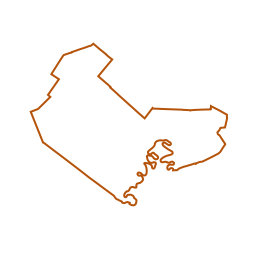 Sutesti, Braila, Romania, rotated 193°
{"feature_id": "2599482B82719794647179", "entity_name": "Sutesti", "entity_type": "district", "adm_level": 2, "iso_a3": "ROU", "parent_name": "Romania", "parent_adm1": "Braila", "projection": "albers", "projection_center": [27.441, 45.228], "detail": "fine", "context": "isolated", "style": "outline", "palette": "amber", "viewbox_px": 256, "rotation_deg": 193, "n_neighbors": 0, "source": "geoboundaries", "source_scale": "gbopen_adm2", "svg_char_len": 5651}
<svg xmlns="http://www.w3.org/2000/svg" viewBox="0 0 256 256"><g transform="rotate(193 128 128)"><path d="M226.4,121.9L208.0,95.4L207.7,94.8L207.1,94.8L177.7,81.6L162.1,74.5L154.7,71.0L147.0,67.7L139.2,64.3L126.7,58.9L126.4,58.7L125.0,57.4L124.6,57.1L123.9,56.6L123.4,56.2L123.1,56.1L122.3,56.0L121.8,56.0L121.7,56.0L120.8,55.7L120.3,55.5L119.5,55.4L118.9,55.2L118.2,55.1L117.6,55.0L117.4,54.9L117.3,54.5L117.0,54.1L116.4,53.9L115.7,53.8L114.8,54.0L114.1,54.4L112.8,55.3L111.9,55.7L110.9,55.7L109.5,55.5L109.6,54.5L109.0,54.2L108.3,54.0L107.3,53.7L106.2,53.7L105.4,53.9L104.7,54.1L104.2,54.6L103.7,55.1L103.4,55.8L103.3,56.8L103.3,57.3L103.3,58.6L103.5,59.3L103.8,59.8L104.3,60.2L105.1,60.7L105.7,60.9L106.2,61.1L106.6,61.7L106.8,62.0L107.0,62.4L107.2,62.6L107.9,63.1L108.6,63.3L109.3,63.5L109.9,63.6L110.8,63.5L111.6,63.2L113.0,62.9L113.5,62.4L113.8,61.8L113.8,61.3L114.1,60.7L114.4,60.2L115.0,60.0L115.5,60.1L116.0,60.4L116.3,60.9L116.6,61.6L116.6,62.0L116.6,62.4L116.5,62.8L116.5,63.1L116.2,64.1L115.9,64.6L115.6,65.1L115.2,65.8L114.9,66.0L114.4,66.1L114.1,66.3L113.6,66.6L113.2,67.3L112.9,67.7L112.8,68.1L112.6,69.3L112.4,69.9L112.2,70.4L111.8,70.8L111.6,71.0L111.1,71.3L110.5,71.5L110.1,71.6L109.7,71.6L109.3,71.6L108.5,71.5L108.0,71.5L107.6,71.5L106.9,71.7L106.7,71.9L106.6,72.1L106.5,72.3L106.6,72.6L106.8,73.4L107.0,74.1L107.0,74.5L107.0,74.9L106.9,75.3L106.8,75.5L106.5,75.8L106.2,76.1L105.9,76.2L105.4,76.5L104.5,76.9L104.1,77.1L103.8,77.3L103.6,77.6L103.4,77.8L103.1,78.2L102.6,78.8L102.3,79.3L101.9,80.3L101.8,80.7L101.8,81.2L101.9,81.7L102.0,82.0L102.4,82.6L103.5,84.0L104.1,84.4L104.6,84.5L105.3,84.4L106.0,84.1L106.7,84.0L107.2,84.1L107.7,84.4L108.3,85.0L108.4,85.9L108.1,86.6L107.6,87.0L106.7,87.1L106.0,87.1L105.2,86.8L104.4,86.4L104.0,86.1L103.3,85.6L102.6,85.4L102.1,85.3L101.5,85.4L100.9,85.6L100.3,86.1L100.1,86.5L99.9,87.0L99.8,87.3L99.8,88.3L99.8,88.9L100.0,89.8L100.1,90.4L100.5,91.8L101.0,93.0L101.6,94.2L102.6,95.7L103.6,96.5L104.1,96.9L104.2,97.2L104.0,97.5L103.6,97.8L102.8,97.9L101.8,98.0L100.4,98.0L99.7,98.0L98.8,97.8L97.9,97.5L96.9,97.0L96.6,96.8L96.2,96.3L96.0,95.7L95.6,94.8L95.2,94.4L94.7,94.2L94.3,94.1L93.8,94.3L93.5,94.7L93.2,95.1L93.1,95.7L93.1,96.4L93.0,97.0L92.9,97.7L92.8,98.4L92.8,99.4L92.9,99.8L93.2,100.2L93.5,100.4L93.9,100.6L94.5,100.6L95.0,100.5L95.7,100.1L96.9,99.4L97.3,99.3L97.9,99.2L98.7,99.3L99.2,99.5L100.2,100.0L100.6,100.4L101.3,101.0L101.9,101.8L102.2,102.3L102.5,103.0L102.9,103.8L103.1,104.3L103.2,104.8L103.1,105.2L102.9,105.4L102.7,105.7L102.5,105.9L102.2,106.0L101.5,106.0L101.2,105.9L100.7,105.9L100.4,105.9L99.9,106.1L99.3,106.2L98.9,106.1L98.0,105.8L97.6,105.6L96.9,105.1L96.5,104.7L96.0,104.4L95.7,104.1L95.1,104.0L94.7,103.8L94.2,103.8L93.9,103.8L93.3,103.9L93.0,104.1L92.6,104.4L92.3,104.8L92.1,105.1L92.0,105.6L92.1,106.3L92.4,106.8L92.8,107.1L93.2,107.4L94.2,107.9L95.4,108.4L96.1,108.7L96.8,109.1L97.3,109.6L97.9,109.6L98.4,109.4L98.8,109.1L99.2,108.4L99.7,107.8L100.4,107.5L101.0,107.3L101.5,107.3L102.1,107.5L102.7,108.1L103.0,108.6L103.1,109.1L103.1,109.5L102.9,109.9L102.7,110.3L102.2,111.0L101.1,112.4L99.8,114.0L98.5,116.2L98.2,117.0L98.2,117.8L98.3,118.6L98.2,119.2L98.0,120.0L97.5,121.0L96.8,121.7L96.1,122.2L95.5,122.5L94.7,123.0L93.3,123.4L92.4,123.5L91.4,123.6L90.6,123.8L90.0,124.0L89.6,124.3L88.8,124.6L88.4,124.8L87.8,124.8L87.3,124.7L86.6,124.5L86.1,124.2L85.4,123.9L84.8,123.7L84.4,123.5L83.8,123.5L83.1,123.1L82.9,122.7L82.7,122.3L82.6,121.8L82.8,121.4L83.2,120.8L83.6,120.6L84.0,120.5L84.8,120.6L85.5,120.8L86.4,121.1L87.2,121.4L88.1,121.8L89.0,121.9L90.0,121.6L90.7,121.0L90.8,120.2L90.3,119.4L89.8,118.9L89.2,118.5L88.5,118.1L87.8,117.8L84.4,116.4L83.2,116.0L82.1,115.7L81.4,115.5L80.5,115.2L79.7,114.9L79.2,114.5L78.9,113.8L78.9,113.0L79.3,112.4L80.3,111.6L81.6,110.9L83.7,109.8L84.9,109.0L86.4,107.8L87.1,107.2L88.1,105.9L88.6,105.3L88.8,104.9L89.0,104.2L88.9,103.5L88.4,102.8L88.1,102.4L87.6,102.3L86.9,102.4L86.0,102.6L85.2,103.1L83.4,103.6L82.4,103.5L81.4,103.2L80.3,103.4L79.6,103.7L78.8,104.5L77.8,105.0L77.0,105.2L76.0,104.8L75.3,104.3L75.2,103.0L75.6,102.5L76.2,102.2L76.9,102.1L78.0,102.0L78.9,101.7L80.0,101.1L80.7,100.0L80.9,98.9L80.7,97.9L80.4,97.2L80.0,96.8L79.3,96.4L78.9,96.5L78.4,97.0L77.9,97.9L77.3,98.5L76.6,98.7L76.0,98.7L75.4,98.6L74.8,98.2L74.6,97.7L74.5,97.3L74.5,96.9L70.7,98.0L68.9,100.2L64.6,103.0L63.9,103.3L56.8,107.3L56.5,107.6L54.6,108.6L53.9,108.2L53.4,108.9L52.8,109.5L50.4,111.1L48.1,111.9L47.6,112.3L44.7,114.6L39.1,119.2L35.4,122.4L34.7,122.9L33.9,123.8L33.1,124.9L32.8,125.4L32.4,126.2L31.4,129.3L29.7,133.7L29.6,134.1L29.8,134.4L31.1,135.6L34.9,139.2L36.1,140.4L37.0,141.3L37.6,141.6L38.3,141.8L39.0,142.3L39.2,142.5L39.9,143.9L38.7,146.1L38.6,146.4L38.5,146.6L38.0,148.6L37.9,148.9L33.6,150.4L33.7,151.4L33.5,152.9L33.7,154.2L33.6,156.7L33.6,158.2L33.7,159.8L34.2,161.3L34.6,163.2L43.1,165.7L49.1,167.2L52.1,168.0L52.0,167.6L51.9,166.2L51.9,165.9L51.6,165.5L51.5,165.3L51.5,165.0L51.6,164.8L51.7,164.7L58.0,163.1L65.7,161.0L70.7,159.5L71.1,159.1L71.3,159.1L72.0,159.2L75.1,158.7L78.7,158.0L78.9,158.1L84.7,157.0L96.0,154.8L107.8,152.6L108.0,152.5L108.6,153.0L113.9,141.1L121.2,145.0L128.5,149.1L131.7,150.8L131.9,150.9L135.8,153.1L143.4,157.3L150.4,161.3L154.3,163.4L154.1,163.9L158.0,166.2L158.6,166.4L161.2,167.8L168.6,171.7L168.5,171.9L164.0,181.0L158.8,191.2L163.1,193.2L166.1,194.8L166.2,195.0L174.2,198.9L178.9,201.4L180.7,202.3L182.0,200.7L182.5,200.0L184.5,198.9L189.5,195.7L191.6,194.5L198.9,189.9L199.1,189.7L199.8,188.9L200.1,189.1L200.3,188.8L206.9,184.7L207.4,184.0L210.6,175.2L214.8,163.2L206.3,160.0L213.4,142.3L210.7,140.8L219.9,126.3L226.4,121.9Z" fill="none" stroke="#b45309" stroke-width="2"/></g></svg>